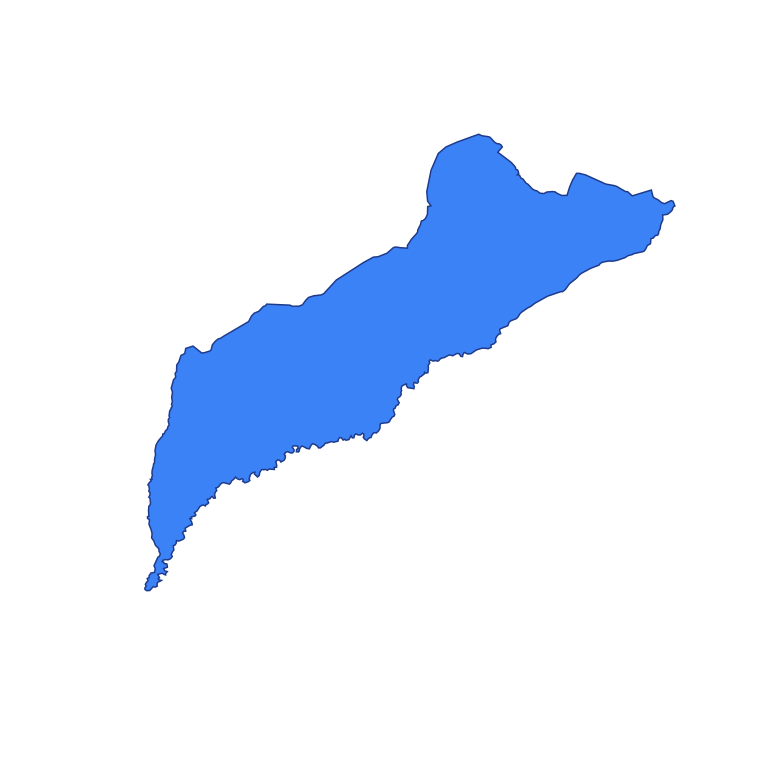 outline of Itinga do Maranhão, Maranhão, Brazil, rotated 203°
{"feature_id": "56859067B66965401422708", "entity_name": "Itinga do Maranhão", "entity_type": "district", "adm_level": 2, "iso_a3": "BRA", "parent_name": "Brazil", "parent_adm1": "Maranhão", "projection": "albers", "projection_center": [-47.255, -4.165], "detail": "fine", "context": "isolated", "style": "filled", "palette": "blue", "viewbox_px": 768, "rotation_deg": 203, "n_neighbors": 0, "source": "geoboundaries", "source_scale": "gbopen_adm2", "svg_char_len": 6171}
<svg xmlns="http://www.w3.org/2000/svg" viewBox="0 0 768 768"><g transform="rotate(203 384 384)"><path d="M196.4,608.0L195.8,610.9L195.7,614.4L193.5,617.2L195.1,622.2L193.2,623.5L192.3,626.6L190.3,627.9L190.0,629.6L190.7,631.7L190.4,634.6L191.5,638.9L191.5,644.3L193.5,648.4L189.3,651.0L187.4,654.5L186.6,657.1L187.0,658.9L186.7,660.4L185.8,661.5L189.3,665.1L191.4,665.0L196.2,659.6L199.4,659.4L203.9,660.7L208.4,660.9L209.9,661.9L213.7,667.0L229.0,654.2L234.9,656.2L237.0,655.5L247.1,656.8L250.0,656.5L258.0,654.7L280.2,655.2L286.3,654.3L289.1,653.1L290.1,645.3L290.1,637.9L289.2,629.2L294.0,627.0L298.5,627.1L301.7,627.7L304.3,626.9L309.2,624.3L311.2,621.8L315.0,620.6L318.7,621.5L320.2,621.2L323.6,621.5L329.5,624.1L331.7,624.4L336.2,627.0L338.4,627.0L340.8,629.1L343.0,628.7L342.2,630.3L343.5,632.2L344.8,633.3L346.3,633.0L347.8,634.9L349.8,636.0L353.6,637.7L369.8,641.8L367.7,648.4L369.5,649.7L371.7,650.1L374.0,649.4L376.4,649.7L382.7,652.5L384.2,652.5L390.8,650.8L394.4,650.9L411.0,635.5L419.6,626.4L424.1,617.4L424.2,599.1L419.8,577.8L415.3,569.3L410.4,566.4L413.1,564.4L410.3,557.1L410.5,552.6L411.8,549.8L413.3,548.7L412.7,544.9L413.1,539.0L412.5,537.1L412.7,535.4L415.3,527.9L416.6,520.7L415.5,518.2L422.0,515.9L426.5,514.8L428.6,513.3L432.4,505.5L439.1,498.9L443.4,496.6L450.2,488.0L468.5,461.1L474.7,443.7L476.7,441.4L482.9,437.9L487.3,434.2L488.7,430.7L490.0,425.1L492.8,422.3L498.8,419.8L501.5,419.8L523.2,411.7L523.8,409.5L525.3,408.3L527.7,402.0L531.2,398.4L532.5,394.8L533.0,388.6L550.6,364.9L552.0,362.5L554.3,360.6L556.0,357.4L557.3,353.0L556.5,347.9L557.1,346.4L561.6,342.6L563.9,341.3L574.6,344.3L580.4,339.3L579.3,334.2L582.0,331.0L581.5,324.0L582.2,320.5L579.9,314.5L580.4,312.1L578.5,309.1L578.7,307.3L579.4,305.7L578.2,296.9L575.5,293.9L574.2,288.6L571.9,285.1L571.7,282.2L570.2,281.0L570.6,278.9L570.3,277.1L570.8,275.7L569.4,270.6L568.2,269.4L568.7,267.1L567.7,264.8L565.9,262.8L566.2,259.8L565.8,258.0L566.9,255.3L566.9,252.3L568.1,251.5L567.5,249.8L569.4,243.9L570.0,238.8L568.8,233.3L566.6,229.5L565.9,225.4L564.5,221.7L564.9,220.3L564.3,218.6L563.7,214.0L562.7,211.1L561.4,209.3L561.4,207.5L560.3,205.6L561.8,205.0L560.5,203.8L561.5,201.6L561.9,198.9L560.6,198.2L559.0,195.8L558.5,193.2L556.9,192.7L556.1,190.3L556.3,187.9L554.7,187.3L552.6,183.4L552.0,181.8L552.7,179.6L551.3,175.4L548.8,170.5L549.9,169.5L549.2,168.0L546.8,167.3L545.5,163.0L541.0,158.4L538.9,155.4L537.8,151.6L534.5,149.5L531.3,146.2L526.8,144.3L525.7,142.0L523.4,140.1L523.5,137.5L524.5,136.1L524.7,126.8L522.6,124.9L521.5,121.0L524.7,119.0L525.3,115.8L524.6,113.8L526.0,112.5L524.3,110.5L525.1,108.7L525.4,106.3L523.9,104.9L524.4,103.0L523.9,101.6L521.8,101.0L518.9,102.4L517.3,107.2L515.1,107.7L513.7,109.5L514.9,111.2L514.6,113.6L513.2,114.7L512.1,116.3L514.4,115.8L515.8,116.5L514.9,117.9L517.9,120.3L514.2,123.2L512.4,122.8L510.4,122.9L510.9,124.4L510.2,126.7L512.8,126.3L514.8,128.0L511.8,130.6L512.6,132.2L513.7,133.6L516.1,132.8L517.1,133.9L518.8,133.8L518.6,135.4L516.8,136.8L514.0,137.8L512.2,139.8L511.5,142.5L513.2,143.9L513.1,147.1L512.6,149.1L514.8,152.8L513.5,154.0L513.1,156.2L513.8,158.8L512.0,159.0L510.0,160.6L507.8,163.3L507.7,164.9L509.3,166.8L511.1,168.0L510.8,170.1L509.0,171.0L510.7,173.6L507.5,178.0L505.5,179.5L506.7,181.4L510.1,184.2L508.4,184.9L509.5,186.3L506.5,188.5L506.0,189.9L508.2,191.6L506.5,194.0L505.6,199.4L504.2,201.2L502.9,202.0L500.7,202.0L500.7,203.5L499.5,204.7L499.0,206.1L501.6,208.7L499.4,210.3L499.0,212.2L498.2,213.4L496.4,212.3L494.7,213.1L496.8,216.2L497.0,218.7L496.3,220.4L498.2,222.6L496.7,223.8L495.8,225.7L495.4,227.9L494.0,230.1L492.4,230.7L487.2,231.4L486.4,233.3L486.6,234.8L484.7,238.5L484.4,240.3L481.9,239.4L479.3,239.6L477.6,241.5L476.1,240.9L476.1,239.2L473.4,238.7L470.7,241.1L469.8,242.9L471.0,243.9L471.6,248.5L470.1,251.3L468.4,252.3L468.2,250.5L464.0,249.0L463.1,251.1L463.8,254.0L463.5,256.3L462.8,257.8L461.3,258.0L459.7,259.1L457.6,259.0L456.6,260.8L451.5,262.5L452.5,264.4L450.4,265.3L450.9,267.1L453.2,270.2L452.3,272.6L450.2,273.0L448.4,271.9L446.1,275.0L446.0,277.1L446.7,279.4L448.4,280.4L447.6,282.9L446.3,284.1L442.7,284.1L441.2,284.9L440.6,286.8L440.9,288.2L443.6,289.8L443.3,291.7L439.2,293.1L438.0,291.2L438.8,289.6L438.3,287.4L436.3,287.9L435.8,289.2L436.4,291.1L435.7,294.4L434.3,295.0L429.9,294.5L427.3,295.2L427.3,298.6L426.5,301.1L424.0,301.4L420.9,300.7L419.3,299.6L417.6,300.3L415.3,304.4L414.9,306.7L413.3,307.4L410.0,310.4L407.5,310.8L404.0,313.4L404.4,315.5L403.7,317.5L402.1,317.8L399.7,316.4L398.8,317.7L397.0,317.4L394.6,319.1L394.1,323.4L392.1,322.0L390.7,322.8L391.2,325.5L390.4,327.1L387.8,327.0L385.6,328.0L384.7,330.2L383.2,330.1L382.3,328.4L382.3,326.9L380.6,325.8L377.7,325.2L377.1,327.4L376.3,328.8L375.0,329.7L375.2,331.8L374.5,335.2L371.8,336.0L370.7,338.7L370.3,341.3L371.9,345.6L370.5,347.1L365.7,349.7L364.2,351.5L364.3,353.2L363.4,357.0L362.2,358.2L362.1,360.0L364.9,363.3L365.4,364.8L364.2,366.2L364.5,368.7L362.9,370.3L362.7,372.7L365.7,374.9L365.7,376.9L364.5,378.5L364.0,380.7L365.2,383.2L365.3,385.0L366.4,386.3L366.8,389.0L365.3,391.1L363.4,392.8L362.5,391.1L360.7,389.9L354.6,391.4L355.3,393.8L356.8,395.1L356.8,397.4L355.0,397.3L353.5,398.0L353.2,399.5L354.2,401.3L353.9,404.3L352.8,405.5L350.9,409.0L351.3,410.6L349.7,410.3L348.0,411.6L349.5,416.4L350.6,418.2L350.1,421.3L351.4,422.9L350.9,424.3L347.6,424.3L345.9,425.7L344.0,425.8L342.7,426.8L342.1,429.0L340.9,430.5L338.9,431.8L335.6,435.9L334.2,436.6L331.8,436.8L328.9,440.5L326.7,441.3L324.1,439.5L322.4,439.9L322.9,442.1L322.5,444.4L318.5,444.3L315.7,446.0L312.3,451.4L308.1,455.0L305.7,456.2L301.9,457.2L299.7,459.6L300.8,461.8L298.4,464.1L297.4,466.6L298.6,468.1L299.0,470.1L298.5,473.0L297.6,474.9L296.3,475.9L298.5,478.5L298.7,480.1L292.8,486.1L293.0,489.6L292.1,491.6L287.6,496.0L286.8,498.4L286.3,501.8L285.4,503.9L281.5,510.1L279.2,512.8L276.6,517.4L267.8,528.7L257.3,538.1L255.9,538.6L254.8,540.2L253.9,542.2L252.5,548.6L248.1,556.8L246.8,560.8L245.4,563.2L239.0,571.2L232.5,577.5L232.1,579.3L231.1,580.8L228.8,582.7L225.1,585.0L221.2,586.6L217.7,588.9L211.6,594.4L209.5,597.5L206.0,600.2L204.9,601.7L198.0,606.5L196.4,608.0Z" fill="#3b82f6" stroke="#1e3a8a" stroke-width="1.5"/></g></svg>